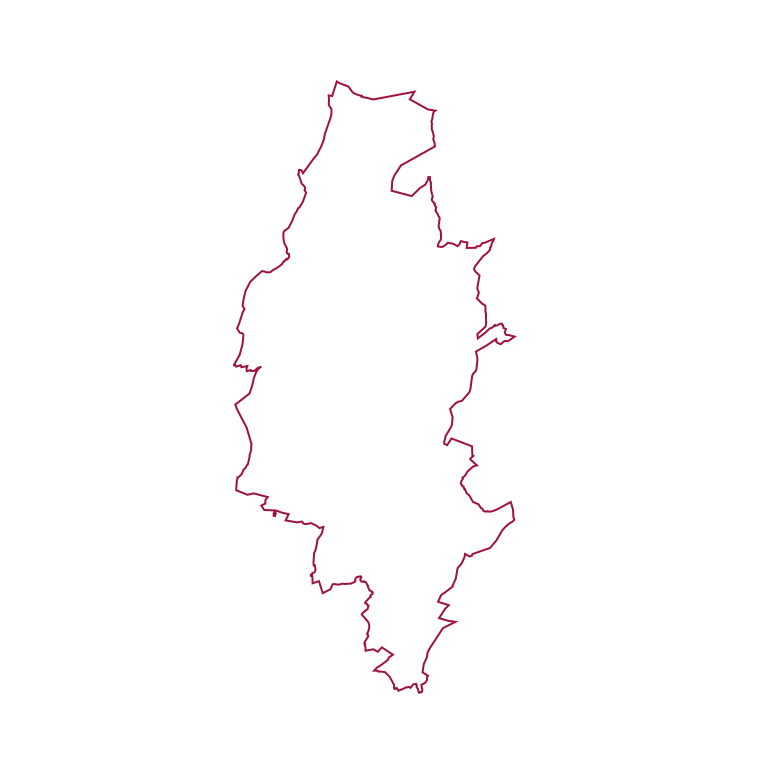 Spring, Alba, Romania (Robinson projection), rotated 330°
{"feature_id": "2599482B41235852327499", "entity_name": "Spring", "entity_type": "district", "adm_level": 2, "iso_a3": "ROU", "parent_name": "Romania", "parent_adm1": "Alba", "projection": "robinson", "projection_center": [23.751, 45.977], "detail": "fine", "context": "isolated", "style": "outline", "palette": "rose", "viewbox_px": 768, "rotation_deg": 330, "n_neighbors": 0, "source": "geoboundaries", "source_scale": "gbopen_adm2", "svg_char_len": 6165}
<svg xmlns="http://www.w3.org/2000/svg" viewBox="0 0 768 768"><g transform="rotate(330 384 384)"><path d="M326.9,625.7L320.7,620.7L314.6,614.3L324.2,609.4L329.5,607.9L321.9,599.7L327.3,595.8L329.6,595.0L331.3,595.2L342.4,593.7L342.6,592.9L348.7,588.6L355.6,580.3L360.1,578.8L363.0,577.3L367.3,574.0L369.2,571.7L371.8,575.9L372.6,576.5L374.4,576.6L375.5,575.5L393.9,579.0L403.0,575.7L413.6,569.7L419.1,568.1L423.4,567.4L426.8,567.4L429.0,566.7L429.5,564.0L432.8,557.5L434.8,549.6L418.5,549.1L413.4,548.2L410.0,546.3L409.9,545.9L407.7,545.0L406.7,543.6L406.8,541.0L406.0,540.2L405.7,535.4L402.1,530.6L402.1,526.7L402.3,524.8L401.8,521.9L401.1,520.4L401.0,518.8L401.6,515.7L401.0,515.5L401.0,515.0L401.6,512.5L400.7,511.7L401.1,510.8L400.6,509.0L400.9,508.4L402.3,506.8L405.1,505.4L405.1,504.4L408.3,503.9L412.5,501.6L419.7,500.0L423.8,500.9L421.0,492.4L421.9,491.6L425.5,491.0L425.0,489.6L429.1,482.0L415.2,464.9L408.2,468.5L406.3,465.9L407.1,464.2L409.9,461.6L410.9,460.2L421.0,454.5L423.0,452.6L426.8,447.0L428.7,438.7L436.6,436.4L440.0,436.6L442.6,437.5L443.8,437.3L453.6,433.9L455.8,432.2L464.6,420.9L466.2,419.7L469.6,418.8L471.4,417.4L476.7,410.2L478.1,407.5L479.8,401.9L492.8,401.9L503.6,401.1L503.2,402.3L502.3,402.4L502.6,404.7L504.9,407.9L509.9,407.0L512.8,408.9L520.8,408.3L517.4,404.8L514.3,402.5L514.2,400.0L517.1,397.3L515.5,395.3L516.4,392.8L515.9,392.4L516.3,390.9L515.0,389.9L511.2,389.8L509.5,389.3L509.6,388.4L508.6,388.4L506.6,389.3L503.1,388.8L497.9,390.1L488.1,391.4L489.9,387.4L500.4,385.1L502.2,383.5L507.6,373.9L507.9,372.2L510.6,367.8L510.7,366.6L510.5,365.6L509.1,363.5L507.3,356.3L511.8,352.4L512.4,348.4L513.2,347.0L521.0,337.8L519.3,332.2L519.3,329.9L520.5,328.4L521.9,327.5L533.8,322.8L538.4,322.2L541.9,321.2L543.0,320.6L544.0,319.1L545.8,318.3L547.1,316.5L551.1,314.0L551.8,313.3L542.1,312.1L539.6,311.1L536.0,312.6L533.1,311.1L531.8,312.0L523.6,307.5L527.0,303.0L524.3,301.0L522.1,298.7L518.7,301.0L516.5,301.3L514.1,297.2L509.9,293.6L507.6,294.2L503.8,294.5L502.6,294.3L499.4,291.8L500.5,290.2L502.9,288.5L505.2,287.5L506.1,286.6L509.2,280.8L509.7,279.2L509.4,278.2L509.7,276.1L510.6,274.0L514.9,268.6L515.4,267.4L515.1,265.6L515.6,263.7L515.2,259.8L516.0,259.4L516.1,258.5L517.6,257.2L517.3,255.5L517.7,254.9L517.5,253.6L518.2,253.2L517.6,252.1L517.9,251.4L517.5,250.7L517.4,249.0L518.1,247.5L519.8,246.3L521.5,240.3L524.4,234.5L525.1,233.9L525.0,233.3L525.6,232.3L525.4,231.2L527.2,227.7L525.7,227.0L525.0,228.4L521.2,231.0L519.3,232.0L513.1,232.3L502.0,235.1L487.2,220.5L492.7,212.3L495.2,210.2L497.1,208.7L508.0,203.2L546.9,203.7L548.4,200.4L548.9,196.8L550.8,194.7L552.0,191.3L552.8,187.3L554.8,183.7L555.6,182.8L556.3,180.4L558.5,178.5L560.7,175.5L563.1,173.2L565.1,172.9L559.4,168.3L548.7,150.4L556.5,146.1L517.2,132.3L508.1,123.9L508.8,123.3L506.4,121.1L503.4,117.3L502.5,115.0L502.0,108.8L495.8,101.0L494.4,98.4L483.1,108.7L480.4,106.4L478.6,110.1L475.7,114.8L475.9,119.8L473.1,124.4L469.9,127.5L457.9,137.8L454.4,141.9L448.8,146.6L440.6,151.9L435.1,153.9L419.2,161.0L419.5,158.0L417.9,156.2L417.2,156.2L415.7,158.7L414.3,159.8L414.5,161.6L412.9,169.2L413.9,173.2L413.7,174.9L412.1,176.5L412.2,179.4L404.9,185.6L399.0,188.8L397.2,189.0L394.6,190.9L391.4,192.5L385.9,196.9L380.7,200.3L379.2,201.1L373.7,201.7L372.0,203.4L369.5,208.1L368.0,212.5L367.8,217.8L367.4,218.9L365.4,221.6L365.6,223.0L366.7,223.9L365.3,226.8L362.4,227.7L362.0,226.8L359.1,228.0L358.6,227.6L355.1,229.4L347.8,230.0L344.8,229.8L341.9,230.3L340.2,229.9L337.6,228.1L336.8,226.9L334.8,225.2L327.6,226.6L319.3,228.6L310.6,234.2L305.1,240.0L300.7,245.5L300.5,246.4L300.8,249.2L297.7,251.1L288.8,259.2L284.5,262.4L284.7,267.4L286.8,269.5L286.9,270.6L286.5,271.6L281.1,279.1L273.6,286.6L263.5,292.5L263.5,293.1L264.7,293.3L264.7,295.1L269.4,296.1L268.9,298.2L274.6,300.1L272.8,301.6L271.6,304.3L275.5,305.2L275.4,306.3L277.6,307.6L279.1,307.7L282.7,307.0L286.4,307.6L283.0,308.0L279.8,309.4L274.2,313.8L269.6,318.9L262.8,325.0L244.8,327.5L244.6,330.3L244.2,330.7L243.2,353.3L239.1,370.1L237.9,371.3L237.0,373.2L234.8,375.9L231.8,378.7L231.1,379.9L226.1,385.4L225.0,385.7L221.8,387.5L219.3,388.1L216.0,390.8L210.5,392.2L210.2,391.8L209.7,392.8L207.9,394.5L202.9,402.1L210.3,411.6L216.5,413.6L226.8,423.8L223.4,425.1L221.3,428.2L217.0,427.9L217.3,433.2L226.5,439.1L223.7,440.9L223.1,442.5L222.6,442.8L222.7,443.3L223.5,443.9L225.6,442.0L225.3,441.0L226.7,439.5L228.1,440.6L231.2,444.3L236.3,449.0L230.6,452.9L239.4,460.3L244.0,462.0L244.4,463.0L244.2,464.3L245.4,465.6L248.1,467.1L251.1,467.8L254.4,472.5L256.1,476.5L260.0,477.4L256.1,481.8L253.8,483.2L248.7,485.4L244.1,491.1L241.0,494.1L239.1,495.3L233.8,503.1L232.4,505.9L233.4,506.3L231.9,510.5L229.7,512.4L227.4,512.0L226.8,512.7L225.3,512.5L224.8,513.8L225.8,514.1L225.4,515.6L222.5,520.9L229.1,522.2L226.4,534.5L234.9,535.0L238.6,532.3L240.0,531.8L244.4,535.1L248.4,536.3L249.9,537.5L255.5,540.3L259.6,540.7L260.7,540.4L261.2,539.0L262.0,538.3L264.3,537.6L264.6,538.1L267.3,538.6L267.8,539.1L267.8,540.0L266.1,541.0L265.4,542.2L265.7,544.0L267.8,544.7L267.6,545.3L269.2,546.6L269.1,550.3L269.3,550.6L268.7,551.4L268.3,555.6L269.2,556.5L269.3,557.7L269.8,557.9L270.1,558.9L269.0,560.1L267.0,560.1L266.2,560.6L266.1,561.7L263.5,562.1L258.7,563.7L258.1,564.4L259.3,566.1L259.1,567.6L259.8,568.2L257.0,570.9L254.6,570.8L253.6,571.5L252.7,571.1L249.5,572.4L251.3,581.9L251.1,583.7L250.3,586.4L247.2,590.0L244.6,591.7L245.0,592.2L244.3,593.2L244.3,594.6L237.8,598.1L237.2,599.4L237.7,599.7L236.6,601.0L236.7,601.9L234.7,605.8L242.1,608.4L244.8,612.8L250.4,611.0L256.4,622.9L251.6,623.3L249.4,624.8L240.9,626.0L236.0,626.1L232.1,627.3L235.0,629.1L235.4,630.4L236.6,630.8L240.9,634.1L242.5,640.6L242.3,649.9L240.6,652.2L240.7,653.4L241.4,653.8L242.7,653.3L243.2,654.0L243.1,656.8L248.3,657.6L251.3,657.6L252.0,658.2L254.1,658.7L255.0,660.4L259.0,658.8L261.9,659.7L261.8,661.2L261.2,661.6L260.7,663.1L260.9,664.7L259.9,668.7L261.4,668.9L261.7,669.6L263.3,669.4L264.6,667.5L264.8,666.2L266.0,663.2L269.7,663.4L271.1,663.0L272.7,662.3L273.9,660.9L274.4,659.5L276.2,658.7L273.2,653.0L278.4,646.4L284.2,642.4L287.5,638.4L291.4,635.8L313.0,624.9L326.9,625.7Z" fill="none" stroke="#9f1239" stroke-width="2"/></g></svg>